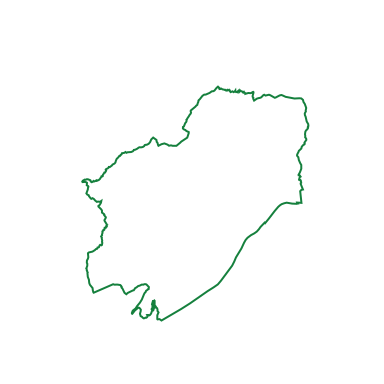 the district of San Estanislao, Bolívar, Colombia, rotated 33°
{"feature_id": "7082276B79132540776800", "entity_name": "San Estanislao", "entity_type": "district", "adm_level": 2, "iso_a3": "COL", "parent_name": "Colombia", "parent_adm1": "Bolívar", "projection": "equal_earth", "projection_center": [-75.215, 10.366], "detail": "fine", "context": "isolated", "style": "outline", "palette": "green", "viewbox_px": 384, "rotation_deg": 33, "n_neighbors": 0, "source": "geoboundaries", "source_scale": "gbopen_adm2", "svg_char_len": 6041}
<svg xmlns="http://www.w3.org/2000/svg" viewBox="0 0 384 384"><g transform="rotate(33 192 192)"><path d="M232.7,54.0L231.0,54.9L227.0,57.8L218.7,61.2L215.2,61.7L214.1,62.0L212.9,63.3L210.7,67.2L210.1,67.9L204.9,68.2L203.6,68.5L201.1,71.1L199.6,71.1L199.1,71.9L198.5,74.9L197.7,76.1L196.8,76.9L195.6,78.3L194.3,81.5L192.5,80.4L192.1,79.5L191.1,79.2L190.6,78.6L189.6,75.6L189.2,74.8L188.8,74.7L188.3,75.3L188.0,76.4L187.3,77.2L185.3,78.3L183.4,80.5L183.2,80.0L182.5,80.2L181.8,80.0L181.2,80.6L180.7,79.8L179.9,80.6L178.9,80.4L177.9,80.9L177.5,80.7L177.2,82.1L176.8,81.5L176.3,81.6L176.0,81.2L175.6,82.5L175.8,83.2L175.7,83.7L174.9,83.8L174.5,84.2L174.1,84.1L173.8,84.2L173.1,83.3L173.1,84.6L172.5,85.6L171.2,85.5L170.0,87.2L168.8,86.8L168.4,86.2L167.8,86.3L167.4,86.1L166.8,87.2L166.0,87.1L165.9,88.0L165.4,88.0L165.0,88.4L164.2,88.2L163.8,88.6L163.4,88.6L161.7,89.3L160.0,89.4L159.7,90.2L159.1,90.6L158.8,90.1L158.0,90.1L157.9,89.8L156.4,89.5L155.9,91.3L155.6,94.6L155.1,95.7L153.7,96.9L152.8,99.3L150.4,102.9L149.2,103.7L148.4,105.6L148.0,110.0L147.6,111.3L147.8,111.8L147.7,112.0L148.3,113.3L148.4,114.3L149.0,116.1L148.5,117.3L148.4,118.5L146.6,124.3L146.8,124.9L148.0,126.0L148.2,127.1L148.0,128.8L148.1,130.2L148.0,133.0L148.2,133.7L148.0,134.5L148.7,135.2L149.0,136.5L148.8,138.0L149.5,141.5L149.0,142.4L149.8,143.7L150.3,143.8L151.5,143.9L152.6,143.6L154.1,143.9L156.6,143.5L157.2,144.4L158.4,149.0L155.5,155.7L155.3,156.9L153.8,161.7L150.6,163.8L149.0,164.3L147.5,165.7L145.7,165.6L142.4,166.3L140.4,168.5L138.7,171.5L138.1,171.2L136.1,169.4L135.1,169.2L133.8,167.7L129.8,167.5L129.2,170.1L129.7,173.0L129.4,175.2L128.3,177.1L127.7,177.4L126.8,178.4L126.9,179.6L126.2,181.1L125.1,182.2L123.6,183.1L123.1,183.8L122.5,185.5L121.4,187.4L120.3,188.4L120.4,189.0L120.2,190.1L119.2,191.6L116.3,193.8L115.7,194.8L114.4,194.7L114.0,195.9L112.1,197.7L112.4,198.5L112.3,199.3L111.9,199.7L112.0,200.9L111.4,201.4L111.3,203.2L110.8,205.1L111.1,207.1L111.7,209.0L111.5,210.4L110.4,212.3L110.4,213.4L109.5,215.8L108.6,216.3L108.8,216.9L108.4,218.2L107.5,219.5L107.5,220.4L108.3,220.7L108.4,221.1L108.5,223.0L107.9,223.4L108.0,224.8L107.9,226.1L108.5,227.4L108.2,227.9L107.6,228.1L107.8,228.7L107.6,229.4L107.7,231.0L107.3,232.7L106.1,234.5L105.9,234.7L105.5,234.3L104.3,236.4L103.9,236.7L103.4,236.5L103.1,237.6L102.6,238.4L102.2,238.5L101.8,238.1L101.1,238.2L100.3,237.5L97.9,238.0L96.9,238.5L96.1,239.7L95.3,240.0L94.3,242.0L94.3,243.0L94.8,243.3L96.8,241.8L98.2,241.4L98.9,241.5L100.1,243.7L101.5,243.6L102.1,243.8L102.3,244.1L102.5,245.2L103.2,246.5L104.2,250.7L105.6,251.2L107.2,251.0L107.8,251.6L110.8,252.6L111.4,252.5L111.9,251.4L113.4,251.3L115.5,251.9L117.6,252.1L118.4,251.2L119.7,250.6L120.4,249.9L120.8,248.9L121.5,250.6L121.6,253.1L121.1,254.8L121.5,255.2L125.3,256.0L126.6,256.6L127.7,258.3L130.1,258.4L130.7,258.6L130.7,259.1L131.0,259.3L133.5,260.1L133.8,261.1L133.9,263.3L134.4,263.8L137.8,265.4L138.3,265.9L138.7,265.9L138.6,267.0L139.3,267.4L138.8,268.2L139.2,268.8L138.7,269.5L138.5,269.3L138.3,269.5L138.7,269.9L138.7,270.8L139.0,271.3L138.9,271.7L138.6,271.5L138.4,271.7L138.3,272.1L138.6,272.8L138.3,273.6L138.5,274.3L139.2,274.9L139.6,276.6L140.1,277.2L140.0,278.8L141.3,279.4L141.6,280.1L143.2,281.7L143.7,282.9L144.5,283.5L145.3,285.5L145.0,286.1L143.8,286.3L143.6,287.1L144.0,289.0L143.8,289.4L143.0,290.0L143.3,291.3L142.5,292.2L142.2,293.6L141.0,296.2L138.4,298.9L138.1,299.9L138.2,300.2L140.6,303.2L141.1,304.9L141.1,305.8L141.3,306.9L142.4,308.7L143.3,309.2L144.4,311.0L145.0,313.7L145.5,313.8L146.5,315.1L146.9,315.2L147.5,315.9L148.3,316.2L148.5,317.0L150.8,319.9L153.3,321.7L155.4,324.3L156.9,325.4L160.9,326.7L162.5,328.6L164.0,329.9L164.4,330.0L176.1,312.3L177.4,312.0L179.8,310.3L182.5,309.1L183.7,309.3L184.2,310.0L184.8,309.9L185.4,310.7L186.2,310.8L190.3,313.3L192.6,313.5L193.1,311.6L196.0,306.8L196.7,306.1L196.7,303.5L197.4,302.3L198.1,300.1L199.1,299.1L200.3,297.0L201.7,296.2L202.2,295.3L203.4,294.5L204.3,294.4L207.6,295.2L208.5,297.0L207.9,297.7L208.0,298.2L207.3,299.8L207.6,301.5L207.3,302.2L207.4,303.7L208.5,309.5L208.6,313.2L208.1,317.4L208.1,320.5L207.1,323.3L207.0,324.2L207.5,326.3L207.9,326.7L208.2,326.7L208.3,326.3L208.6,322.6L209.8,318.7L210.1,318.1L210.6,317.9L211.8,318.0L213.2,318.6L213.9,320.0L214.7,322.5L216.6,324.1L217.9,323.9L218.9,324.2L220.2,324.3L221.0,323.6L221.4,322.7L222.2,322.3L222.5,321.2L222.4,320.2L221.4,319.6L222.4,318.9L223.4,318.7L223.7,318.2L223.9,316.3L223.1,313.0L222.6,312.4L221.9,312.2L221.9,310.8L220.7,308.7L219.6,308.0L218.6,304.7L218.9,304.5L219.1,304.6L219.7,306.0L222.2,309.5L222.2,310.1L223.5,312.9L223.9,312.6L223.9,311.8L222.6,308.6L221.0,306.3L219.9,305.2L219.4,304.1L219.5,303.5L219.9,303.6L222.3,307.3L223.4,307.6L222.8,308.4L223.0,309.0L223.5,309.3L223.8,309.3L224.2,308.7L225.3,308.4L226.1,308.5L227.0,309.3L227.9,310.6L229.5,311.2L230.0,314.2L232.1,317.5L232.5,317.6L233.8,316.4L234.3,316.3L236.4,316.4L246.6,296.1L251.0,286.5L259.1,266.6L262.1,260.1L264.0,255.4L264.6,250.8L265.8,231.9L265.3,227.3L264.5,222.9L264.2,212.5L263.3,206.2L263.1,203.0L263.5,200.1L265.0,196.0L266.7,192.9L267.9,189.9L268.4,186.7L268.5,184.0L269.6,178.1L270.3,178.3L270.9,172.9L271.7,162.9L272.4,157.5L273.0,155.3L273.8,153.4L275.4,151.3L277.2,149.4L282.3,147.2L286.2,144.9L286.1,144.6L287.0,144.0L286.1,143.5L289.7,141.5L282.3,132.4L282.6,130.6L283.7,129.5L278.7,126.0L278.4,125.5L278.6,124.9L278.1,124.2L276.9,123.4L276.9,123.1L276.4,122.9L275.3,123.5L275.0,123.3L274.3,120.9L274.7,120.0L273.3,119.4L272.3,119.9L272.0,119.6L271.8,116.8L271.0,113.0L268.9,109.8L267.1,108.9L264.2,107.0L262.2,104.9L260.7,104.5L260.0,103.9L259.7,102.7L259.5,100.5L259.2,99.3L260.0,96.0L259.4,94.3L259.6,92.4L260.4,90.7L260.1,90.0L259.8,90.0L259.4,89.3L259.5,86.0L258.6,85.0L257.1,84.5L256.5,83.3L255.3,82.0L254.2,79.6L254.1,78.2L254.5,76.8L254.5,76.0L253.9,74.7L254.2,74.7L253.5,73.0L252.4,71.7L249.8,70.4L246.2,66.9L244.9,66.1L243.9,64.9L243.7,64.2L243.6,62.4L243.0,61.8L242.0,59.3L238.6,56.7L236.5,55.8L234.9,54.3L232.7,54.0Z" fill="none" stroke="#15803d" stroke-width="2"/></g></svg>